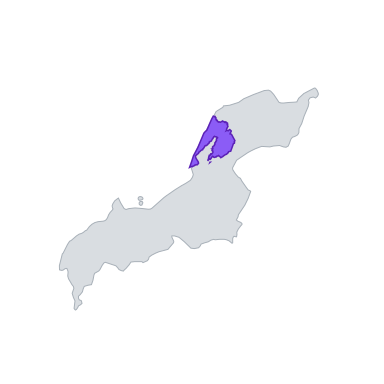 Mangochi, Mangochi, Malawi (highlighted), rotated 244°
{"feature_id": "42251766B89682559169951", "entity_name": "Mangochi", "entity_type": "district", "adm_level": 2, "iso_a3": "MWI", "parent_name": "Malawi", "parent_adm1": "Mangochi", "projection": "orthographic", "projection_center": [35.105, -14.138], "detail": "fine", "context": "in_parent", "style": "filled", "palette": "violet", "viewbox_px": 384, "rotation_deg": 244, "n_neighbors": 0, "source": "geoboundaries", "source_scale": "gbopen_adm2", "svg_char_len": 8187}
<svg xmlns="http://www.w3.org/2000/svg" viewBox="0 0 384 384"><g transform="rotate(244 192 192)"><path d="M149.5,222.5L147.4,219.6L145.7,220.4L143.3,222.5L142.0,223.0L141.3,223.0L140.8,222.5L140.3,221.1L138.4,217.4L136.3,214.7L134.0,213.7L132.2,212.4L133.0,211.2L133.8,210.4L133.5,209.5L132.4,208.2L128.5,206.3L128.4,205.5L131.9,203.9L134.1,201.9L135.5,200.0L137.4,196.0L138.9,191.9L140.0,190.6L140.4,187.9L140.1,184.8L140.8,181.0L141.2,177.3L140.0,175.9L139.0,173.5L140.1,169.3L142.0,166.4L150.7,163.3L156.9,160.5L158.1,159.3L160.2,157.0L161.4,154.7L160.5,154.1L155.7,154.0L154.5,153.2L151.0,145.2L152.8,136.1L153.0,132.5L152.9,128.1L152.3,124.9L150.7,123.5L149.8,121.8L150.0,117.0L151.4,116.4L154.5,110.1L155.8,106.4L154.1,103.5L152.3,99.3L151.5,96.6L151.0,95.7L152.3,94.0L154.3,92.4L156.6,92.0L159.1,91.2L166.8,83.3L166.9,81.8L165.5,79.2L162.6,75.2L161.9,73.6L161.6,68.9L160.4,67.5L156.1,64.3L152.8,61.0L153.8,57.6L154.4,53.8L152.7,51.8L150.3,49.7L148.8,46.6L148.1,44.3L146.2,43.4L144.4,43.4L143.1,44.8L141.8,44.7L140.1,44.3L139.5,42.3L139.4,40.1L138.2,38.6L137.1,36.6L137.0,35.5L137.7,35.2L139.1,35.0L145.4,39.1L149.2,39.2L153.5,39.9L157.1,43.5L159.0,44.0L161.4,43.5L168.2,43.0L170.9,43.5L174.5,45.6L175.9,45.9L178.1,46.0L178.5,45.4L178.7,44.2L178.3,41.7L178.8,40.3L180.1,38.8L183.9,40.5L193.2,48.3L193.5,49.3L199.4,57.1L201.4,60.4L201.4,62.2L203.2,69.0L203.6,72.2L203.2,74.6L203.3,76.5L204.0,79.3L203.8,80.5L205.9,84.6L206.9,88.0L207.1,91.3L206.5,94.6L204.7,99.4L204.4,101.3L204.8,103.0L206.0,104.9L208.0,107.0L209.5,109.4L210.6,112.3L211.4,113.6L212.5,113.6L214.5,114.1L216.1,115.7L217.9,118.6L218.6,121.8L218.8,123.2L213.5,123.1L206.9,123.7L205.2,125.0L204.8,127.8L202.7,133.7L201.5,135.8L199.1,139.8L195.6,145.3L194.9,147.1L195.0,149.0L197.1,156.5L199.3,164.4L199.9,167.5L201.5,178.0L202.3,185.5L202.5,189.9L203.2,195.7L205.1,198.9L207.1,200.8L214.6,202.0L216.8,203.5L221.0,207.2L230.2,217.5L235.3,224.1L239.7,229.9L247.7,240.7L253.8,249.0L254.6,256.9L255.6,258.0L253.5,263.8L252.1,273.2L253.1,279.4L252.6,290.1L251.5,301.4L250.0,305.4L248.2,306.9L243.9,308.2L234.5,309.5L233.1,310.9L231.9,313.1L230.0,318.3L227.8,323.5L227.0,325.8L227.5,326.3L229.5,329.0L231.5,335.8L231.8,347.6L231.1,348.5L228.4,349.0L225.4,348.8L224.2,348.2L223.1,346.8L222.3,344.3L224.2,342.6L224.9,339.5L223.6,336.9L221.1,336.3L217.9,333.9L211.1,326.1L205.4,320.6L202.1,316.0L198.7,314.2L197.7,313.1L196.9,311.2L196.9,308.4L197.2,306.3L196.1,304.0L192.7,300.5L191.1,298.5L191.0,296.1L192.5,293.9L195.4,291.1L197.6,285.4L198.4,281.8L202.5,274.5L203.1,268.1L203.1,263.0L202.9,259.2L201.8,251.4L201.0,246.0L195.9,239.0L194.2,238.4L189.3,239.0L185.1,240.1L183.1,241.5L179.9,241.6L171.7,242.9L169.2,243.4L167.7,244.7L166.8,245.0L161.6,239.6L157.0,233.7L151.2,223.7L149.5,222.5ZM209.3,144.9L207.9,145.2L207.0,144.5L207.2,142.3L207.7,140.8L209.1,140.5L210.1,140.9L210.7,141.6L210.8,142.8L210.3,144.0L209.3,144.9ZM206.2,141.0L205.4,143.1L203.8,143.1L202.2,141.2L202.7,139.7L204.2,139.2L205.5,139.8L206.2,141.0Z" fill="#d9dde1" stroke="#a8b0b8" stroke-width="1"/><path d="M231.6,253.3L231.6,252.9L231.4,252.3L231.4,251.9L231.1,251.5L231.1,251.4L231.9,250.6L232.1,250.2L232.1,249.8L232.3,250.1L232.5,250.1L232.8,250.3L233.0,250.5L233.3,250.6L233.5,250.9L233.8,251.0L234.0,251.3L234.1,251.7L234.5,252.0L234.7,252.5L235.0,252.7L235.1,253.0L235.3,253.0L235.5,253.1L235.8,253.1L236.1,253.0L236.6,253.5L236.7,253.4L237.1,253.3L237.3,253.2L237.4,253.3L237.6,253.4L237.5,253.6L238.0,254.0L238.3,254.1L238.6,253.8L239.1,253.7L239.4,253.5L239.4,253.3L239.5,253.3L239.5,253.1L239.9,253.1L239.9,252.9L240.1,252.9L240.0,252.5L240.1,252.4L240.3,252.5L240.3,252.4L240.2,252.2L240.3,252.1L240.2,252.0L240.3,251.8L240.8,251.8L240.8,251.7L241.7,251.1L241.9,251.0L242.0,250.5L242.4,250.5L242.3,249.6L242.4,249.3L242.3,248.8L242.2,248.2L242.4,247.8L242.9,247.5L243.1,247.3L243.1,247.0L243.0,246.7L243.4,246.4L243.5,246.5L243.7,246.4L244.0,246.3L244.2,245.9L244.4,245.9L244.6,245.8L244.8,245.9L245.1,246.1L245.4,246.1L245.6,245.6L245.8,245.6L245.9,245.4L246.0,245.4L246.0,245.5L246.2,245.4L246.4,245.4L246.5,245.5L246.6,245.4L247.0,245.5L247.3,245.6L247.5,245.7L248.0,245.9L248.3,246.0L248.4,245.8L249.0,245.6L249.2,245.8L249.4,245.8L249.7,245.6L249.8,245.7L249.9,245.8L250.0,245.7L250.0,245.4L250.3,244.9L250.6,244.6L250.6,244.4L250.8,244.3L250.1,243.3L249.2,242.0L245.6,237.7L243.3,235.1L240.9,232.2L240.6,230.7L239.7,228.5L229.6,217.0L224.0,209.3L219.1,204.6L215.2,200.6L215.2,201.5L215.3,201.8L215.2,202.0L215.1,202.3L215.3,202.5L215.1,202.7L215.0,203.0L214.9,203.2L214.6,203.5L214.8,203.8L214.7,204.5L214.6,205.0L214.7,205.8L214.9,206.2L214.7,206.4L214.8,206.8L214.8,207.7L214.4,208.0L214.2,208.4L214.2,208.9L214.4,209.1L214.6,209.8L215.0,210.5L215.4,210.5L215.9,210.6L216.0,210.8L216.5,210.8L217.0,210.8L217.5,210.7L219.2,210.5L220.7,210.4L222.1,210.6L222.9,210.9L223.2,211.7L223.2,211.9L223.4,212.3L223.4,212.7L223.6,212.8L223.6,213.1L223.6,213.4L223.8,214.5L224.1,215.1L224.5,215.3L224.6,215.7L224.9,216.0L224.8,216.4L224.9,216.9L225.1,217.4L225.1,217.6L225.3,217.9L225.4,218.2L225.4,218.5L225.5,219.3L225.3,219.7L225.3,220.1L225.4,220.3L225.8,220.4L226.0,220.6L226.1,221.2L226.1,221.4L226.2,221.7L226.5,221.9L226.7,222.4L226.8,222.5L227.0,222.9L227.1,223.0L227.3,223.2L227.4,223.3L227.7,223.5L227.6,224.2L227.8,224.7L227.7,224.9L227.5,225.1L227.4,225.2L227.6,226.0L227.6,226.6L228.1,227.1L228.2,227.6L228.1,227.8L228.2,228.1L228.3,228.5L228.7,228.9L228.7,229.1L228.9,229.1L229.0,229.2L229.3,229.3L229.3,229.9L229.5,230.2L229.4,230.6L229.3,231.3L229.4,231.9L229.7,232.3L230.0,232.5L230.4,232.7L230.5,232.6L230.4,232.8L230.4,233.0L230.6,233.2L230.6,233.7L230.8,233.8L231.0,234.5L231.4,234.7L231.6,235.1L231.7,235.4L231.9,235.5L232.1,235.8L232.1,236.0L232.1,236.3L232.2,236.6L231.9,236.8L231.7,236.8L231.3,237.2L231.3,237.6L231.1,237.9L230.4,238.4L230.1,238.5L229.9,238.8L229.6,238.8L229.6,238.6L229.4,238.3L229.2,238.0L229.2,237.6L229.3,237.6L229.0,237.3L228.4,237.0L228.2,236.7L227.6,236.7L227.4,236.5L227.4,236.4L227.1,236.0L227.1,235.6L226.7,235.3L226.5,235.2L226.5,234.8L226.3,234.6L226.2,234.3L226.0,233.9L225.9,233.9L225.5,233.9L225.0,233.7L224.9,233.4L224.6,233.0L224.5,232.7L224.3,232.5L224.0,232.5L223.9,232.3L223.9,232.1L223.9,231.8L223.8,231.5L223.8,231.0L223.6,230.4L223.3,230.4L223.1,230.0L222.6,229.8L222.4,229.8L222.1,229.8L222.1,229.5L221.9,229.3L221.9,229.1L222.0,228.7L221.3,229.0L220.7,229.0L220.6,228.9L220.4,228.6L220.4,228.4L220.5,228.3L220.5,228.2L220.2,228.2L219.8,228.4L219.6,228.5L219.5,228.4L219.2,228.5L218.6,228.3L218.2,227.9L217.9,227.2L217.8,226.8L217.9,226.4L217.7,226.5L217.5,226.4L217.5,226.2L217.6,225.8L217.6,225.7L217.7,225.3L217.8,225.2L217.7,224.9L217.6,224.5L217.7,224.4L217.5,224.6L217.2,224.5L217.2,224.3L217.3,224.0L217.2,224.0L217.0,223.8L217.0,223.6L217.2,223.4L216.8,223.0L216.6,223.0L216.5,222.8L216.4,222.8L216.1,222.4L215.7,222.1L215.2,221.6L214.9,221.5L214.6,221.5L214.6,222.0L214.3,222.5L213.7,222.9L213.5,223.2L213.8,223.9L214.4,224.5L214.5,224.9L214.7,225.3L214.8,225.6L215.2,226.0L215.0,226.3L214.7,226.5L214.6,226.4L214.0,226.6L213.9,226.9L213.4,227.1L213.2,227.4L213.2,227.5L213.1,228.3L212.9,229.2L213.3,229.3L213.3,230.2L213.3,230.5L213.0,230.8L212.9,231.3L213.0,231.4L212.9,231.8L213.0,231.9L212.4,232.2L211.2,232.7L210.2,232.9L210.2,233.0L210.3,233.6L210.3,234.0L210.3,234.3L210.3,234.8L210.4,235.6L210.7,236.0L210.7,236.5L210.8,236.8L210.7,237.1L210.9,237.5L210.9,238.6L210.8,239.3L211.0,239.4L211.0,239.9L211.0,240.0L211.0,240.8L211.4,241.2L211.5,241.8L211.8,241.9L211.8,242.1L212.2,242.6L211.7,244.7L215.1,248.2L217.4,250.5L217.3,250.8L217.4,251.2L217.3,251.5L218.2,252.1L218.5,252.1L218.9,252.2L219.1,252.8L219.4,253.1L221.4,253.0L226.5,252.8L226.9,252.5L227.2,252.1L227.4,252.0L227.6,251.7L227.8,251.9L228.2,252.2L229.2,253.7L229.6,254.0L229.8,254.0L230.3,253.8L231.6,253.3ZM214.4,221.6L214.5,221.5L214.3,221.4L214.2,220.9L214.1,220.6L213.8,220.4L213.6,220.3L213.4,220.2L213.3,220.3L213.5,220.7L213.6,220.9L213.8,221.1L214.0,221.3L214.2,221.6L214.4,221.6ZM213.0,222.3L212.9,222.2L213.2,222.5L213.5,222.5L213.5,222.4L213.4,222.3L213.1,222.3L213.0,222.3ZM210.8,221.4L210.9,221.2L210.7,221.0L210.8,221.4Z" fill="#8b5cf6" stroke="#5b21b6" stroke-width="1.5"/></g></svg>